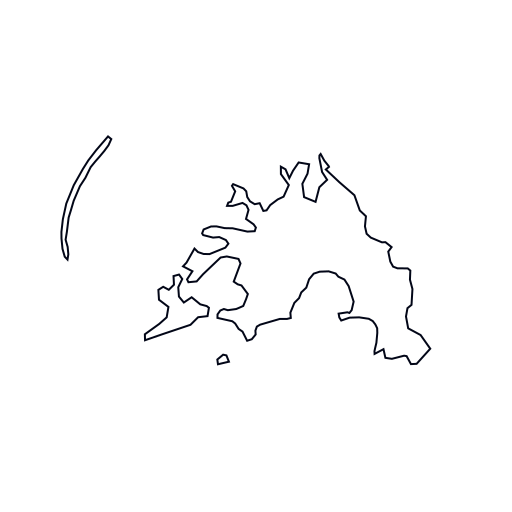 the district of St. Bernard, Louisiana, United States of America, rotated 201°
{"feature_id": "52423323B38935818871161", "entity_name": "St. Bernard", "entity_type": "district", "adm_level": 2, "iso_a3": "USA", "parent_name": "United States of America", "parent_adm1": "Louisiana", "projection": "equal_earth", "projection_center": [-89.414, 29.891], "detail": "fine", "context": "isolated", "style": "outline", "palette": "ink", "viewbox_px": 512, "rotation_deg": 201, "n_neighbors": 0, "source": "geoboundaries", "source_scale": "gbopen_adm2", "svg_char_len": 2880}
<svg xmlns="http://www.w3.org/2000/svg" viewBox="0 0 512 512"><g transform="rotate(201 256 256)"><path d="M111.3,209.6L110.2,207.1L103.6,214.7L98.7,207.3L92.3,208.7L82.0,216.0L79.5,216.5L72.6,210.6L67.4,212.9L60.1,231.9L74.0,241.2L88.0,243.0L94.3,253.3L95.9,261.6L93.3,266.1L98.1,281.2L103.8,289.1L106.7,297.7L109.9,298.8L119.5,295.2L124.2,295.2L128.6,298.9L134.1,307.5L132.6,312.9L140.1,315.3L143.3,313.9L155.4,314.3L160.7,316.4L164.9,322.7L167.6,332.5L175.4,335.7L185.9,348.0L204.7,354.8L221.8,361.8L219.8,365.4L220.4,366.0L226.4,369.5L232.2,374.4L232.3,374.1L232.8,372.6L231.9,370.0L224.4,358.1L216.9,352.6L221.5,342.9L219.8,327.9L232.2,328.2L238.6,340.0L237.4,351.3L239.3,360.7L249.7,358.6L252.0,348.9L252.8,340.6L259.5,347.5L264.8,348.3L262.1,341.4L250.8,334.0L251.5,321.3L256.0,316.6L261.0,308.6L262.5,302.4L265.3,300.7L271.5,306.6L275.8,303.9L281.2,304.9L285.3,307.9L288.3,312.9L291.9,314.6L303.1,314.9L303.6,312.9L298.6,308.9L298.8,297.7L301.0,295.9L301.0,292.4L295.8,294.4L287.6,300.7L283.1,299.9L279.5,296.4L278.6,287.0L269.6,284.7L266.3,282.5L266.1,278.7L272.8,275.7L287.7,273.5L295.2,270.8L303.4,269.5L308.5,267.5L314.4,262.0L314.4,257.8L312.8,256.6L302.7,257.8L297.1,260.5L289.8,260.1L286.2,257.6L287.6,252.8L300.1,241.1L305.7,239.1L311.6,238.9L316.1,240.9L318.5,224.9L320.4,220.2L309.9,219.0L312.0,209.5L309.7,207.3L302.3,211.0L298.9,220.0L288.5,241.9L283.1,245.1L271.3,247.0L267.8,243.5L267.6,224.1L262.9,223.0L259.0,223.3L250.0,217.6L249.8,212.2L250.0,204.8L253.3,201.5L255.5,199.4L262.9,195.3L267.0,195.0L269.8,192.3L271.0,187.7L269.8,184.4L254.7,186.6L251.2,185.5L246.1,181.7L241.5,180.6L233.9,173.7L230.1,176.8L228.2,182.6L229.8,186.1L229.9,190.4L227.5,193.4L211.2,205.8L204.6,208.3L201.3,210.6L203.6,215.4L203.4,226.0L200.7,232.1L200.7,238.2L197.7,244.5L198.1,253.3L195.8,260.2L190.9,264.2L182.7,267.7L175.3,268.2L171.7,266.2L165.0,265.7L158.7,261.1L148.5,248.4L147.3,239.7L148.4,236.3L150.5,236.2L158.2,231.8L156.2,228.5L153.3,226.3L146.5,232.0L137.7,235.7L128.2,237.8L123.7,237.1L120.1,234.9L118.9,233.8L117.0,232.0L115.2,227.7L112.5,218.1L111.8,212.9L111.3,209.6ZM279.7,182.5L281.4,190.8L284.1,191.6L290.7,190.9L299.7,193.9L301.3,194.4L306.7,186.7L313.4,190.5L317.4,199.0L316.6,208.1L321.2,211.1L325.8,207.7L322.3,199.8L325.3,193.2L331.6,194.0L335.0,189.4L330.9,180.4L319.5,177.1L317.4,166.7L322.0,157.9L331.7,143.1L329.4,137.6L315.4,149.4L292.5,168.3L288.1,178.1L279.7,182.5ZM430.7,185.1L431.8,190.3L435.1,197.0L439.6,203.0L441.2,210.7L444.7,224.8L445.2,232.4L446.0,242.2L445.4,258.1L443.3,267.8L442.2,279.7L440.0,286.4L437.5,293.2L435.3,299.6L433.4,306.5L433.0,313.3L437.0,314.6L443.1,297.6L446.8,285.2L448.8,275.2L451.5,256.8L451.9,237.0L449.5,221.2L446.3,208.8L443.9,202.7L439.2,193.3L434.3,186.8L430.7,185.1ZM247.0,145.2L243.4,147.6L248.0,152.6L251.3,152.1L255.0,145.5L252.7,141.3L247.0,145.2Z" fill="none" stroke="#020617" stroke-width="2"/></g></svg>